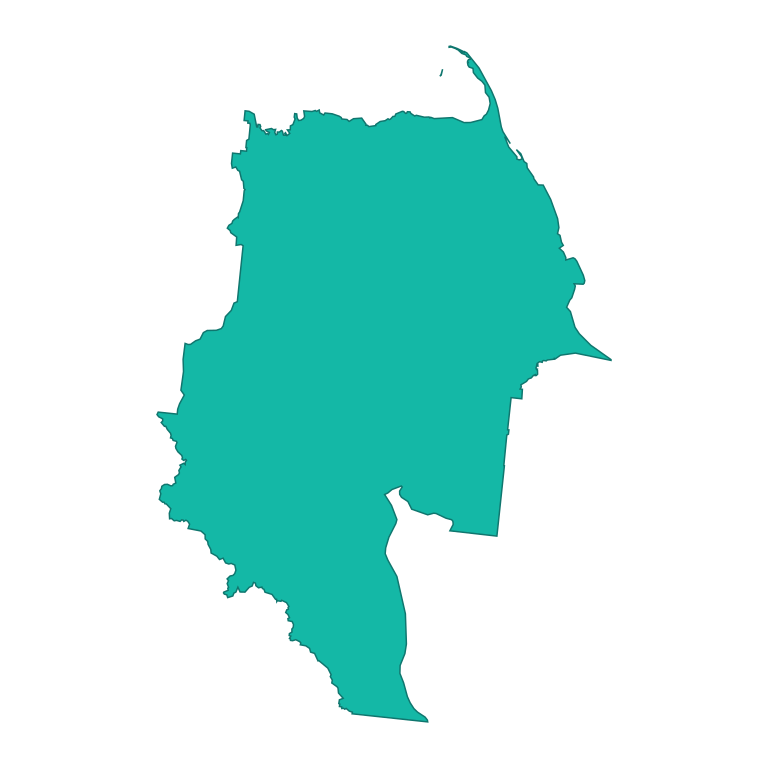 Burdekin, Queensland, Australia (Albers equal-area conic projection)
{"feature_id": "25037944B77283019061987", "entity_name": "Burdekin", "entity_type": "district", "adm_level": 2, "iso_a3": "AUS", "parent_name": "Australia", "parent_adm1": "Queensland", "projection": "albers", "projection_center": [147.381, -19.849], "detail": "fine", "context": "isolated", "style": "filled", "palette": "teal", "viewbox_px": 768, "rotation_deg": 0, "n_neighbors": 0, "source": "geoboundaries", "source_scale": "gbopen_adm2", "svg_char_len": 6092}
<svg xmlns="http://www.w3.org/2000/svg" viewBox="0 0 768 768"><path d="M294.7,113.6L294.2,117.2L295.1,119.0L292.9,124.6L290.4,125.9L290.3,129.8L287.4,129.9L289.8,133.4L287.0,135.6L285.5,132.7L284.8,133.4L285.6,135.2L283.5,135.2L282.3,131.1L281.4,130.5L279.3,132.1L277.4,132.0L277.3,134.1L275.9,134.8L274.7,132.4L275.6,129.4L273.5,129.7L271.5,128.5L265.7,129.7L266.2,130.8L269.4,132.5L268.4,134.5L267.4,133.6L265.9,134.2L263.7,130.6L262.0,130.7L260.0,127.9L260.7,126.6L260.0,124.6L258.0,124.4L257.7,127.0L256.7,126.9L254.2,114.2L249.1,111.3L245.1,110.8L244.1,120.5L248.0,120.9L247.8,123.1L249.8,123.3L250.3,124.9L248.9,139.1L246.6,140.5L245.9,147.6L246.8,147.7L246.5,151.2L240.8,150.6L240.4,153.9L232.6,153.1L231.5,163.5L232.3,168.2L235.8,167.0L237.8,170.3L239.6,171.3L241.6,179.7L243.3,181.3L243.9,188.4L245.1,189.6L244.2,190.7L243.2,200.8L239.6,212.0L238.5,213.5L238.2,217.5L237.6,217.0L234.3,219.4L232.7,221.0L231.9,223.4L228.9,225.3L227.3,228.2L230.1,230.5L230.8,232.7L236.7,237.0L236.1,245.3L241.2,244.5L243.1,245.7L237.3,301.7L234.0,303.1L231.3,310.4L225.5,316.5L223.2,326.0L221.3,328.6L216.4,330.3L207.2,330.5L203.4,332.6L200.1,339.1L195.6,340.8L190.5,344.4L188.1,344.5L185.1,343.4L183.1,359.3L183.5,371.6L180.9,390.2L184.3,395.0L179.6,403.7L177.7,409.2L177.2,414.1L158.2,412.1L157.0,414.6L158.7,416.8L162.6,418.8L162.7,421.0L161.2,422.5L164.4,426.3L165.8,426.3L167.3,429.4L170.5,433.2L171.1,435.4L170.5,437.9L172.4,438.5L173.1,440.4L176.4,441.3L177.0,442.4L175.5,446.3L175.9,448.4L177.9,451.8L181.8,455.5L182.5,458.0L181.9,459.0L183.6,460.4L185.7,459.4L186.5,460.3L185.2,462.3L185.2,464.5L183.7,463.3L179.9,465.2L181.0,466.9L178.9,470.4L179.4,473.0L178.5,474.6L174.7,477.3L175.8,483.0L173.2,484.3L172.6,485.6L171.0,485.9L167.4,484.3L164.5,484.5L161.8,486.3L161.4,488.6L159.8,490.8L160.8,493.8L159.3,499.4L162.6,502.2L164.1,502.2L164.9,503.8L166.3,503.9L170.8,508.7L169.3,513.2L169.6,518.8L171.5,518.5L174.2,520.8L176.6,520.4L180.1,521.4L181.6,519.9L183.1,520.1L183.8,521.4L185.9,520.2L187.7,521.2L189.6,524.1L188.1,528.5L200.9,531.0L205.1,534.7L205.2,538.9L207.7,541.4L208.1,544.4L210.8,549.5L211.1,553.0L216.9,556.2L219.5,559.5L223.1,558.2L225.6,562.9L228.8,564.0L231.2,563.4L234.8,565.0L235.9,570.2L234.7,573.6L233.0,575.4L230.1,576.0L227.1,578.9L228.5,580.7L227.2,583.6L228.6,587.3L227.8,588.2L228.2,590.3L223.8,592.1L223.5,592.9L224.3,594.1L226.8,594.8L227.7,597.6L232.8,596.0L233.9,593.1L235.9,592.1L237.9,587.2L240.1,592.0L245.0,592.1L249.2,587.3L252.2,586.0L253.5,582.4L255.4,583.1L255.9,585.7L258.5,587.8L261.9,587.1L262.4,588.5L264.0,589.3L265.0,592.2L272.0,594.4L275.5,599.3L276.6,599.3L276.8,601.5L277.3,600.7L281.0,601.3L281.7,600.3L286.5,602.6L288.9,606.5L288.1,607.4L288.4,609.2L286.8,609.8L285.7,612.5L287.9,614.4L289.5,617.7L287.9,618.6L288.2,620.7L292.1,621.5L293.5,624.5L293.2,627.4L291.9,629.0L291.9,632.1L289.4,633.6L289.2,635.5L290.8,636.1L289.5,638.5L290.3,638.7L290.5,640.4L292.6,640.7L295.8,639.7L299.8,641.7L300.8,643.0L300.3,644.8L305.8,645.8L309.6,648.4L310.6,652.1L314.6,653.4L318.0,660.9L318.9,660.7L327.8,668.1L331.1,674.7L330.3,676.6L332.3,680.0L331.8,683.0L337.0,686.7L338.0,688.1L338.5,693.0L343.2,698.3L339.4,699.8L338.8,703.6L339.8,704.1L339.4,706.5L341.7,706.9L341.8,708.5L343.5,708.3L344.8,709.2L346.1,708.4L349.3,711.1L352.4,712.2L352.1,713.8L427.7,721.9L427.4,720.1L425.1,717.1L417.5,712.1L413.9,708.6L410.1,702.7L407.4,696.7L403.6,682.8L399.9,673.4L400.1,665.5L404.9,653.6L406.4,644.0L405.4,613.8L396.9,576.5L387.9,560.2L385.2,553.7L385.7,547.8L388.9,537.2L395.8,523.6L396.9,519.6L391.5,505.4L384.6,494.5L387.8,493.0L392.0,489.5L401.3,486.0L402.2,487.0L399.6,491.1L399.7,494.4L401.5,497.3L407.9,501.5L411.7,509.2L427.7,514.8L433.7,513.2L436.1,513.5L446.0,518.2L451.6,519.7L452.9,521.3L453.2,524.4L449.9,530.8L496.9,536.1L504.4,465.7L503.8,465.6L506.8,435.0L508.4,434.2L508.9,429.9L507.6,429.8L511.1,397.6L521.8,398.8L522.4,389.3L520.1,389.0L521.3,386.9L520.9,384.8L526.5,381.4L528.4,378.9L531.3,377.9L533.4,375.5L535.2,374.7L535.2,375.6L536.3,375.5L537.6,374.2L537.5,370.2L536.7,369.7L537.2,369.1L536.2,368.8L536.0,367.7L536.7,366.0L537.9,366.1L537.8,364.5L536.8,364.8L537.1,363.5L539.5,361.7L542.2,362.3L542.5,361.0L543.6,360.5L546.2,360.9L547.3,360.0L554.1,359.2L554.3,358.5L554.9,359.1L560.5,355.2L575.4,353.1L611.0,360.4L611.0,359.6L590.8,345.3L579.3,333.8L575.0,327.3L570.4,311.5L566.6,307.3L569.8,300.1L571.8,297.8L574.6,289.4L575.3,286.0L574.1,283.8L583.2,284.2L584.2,283.2L584.8,280.6L583.3,275.2L576.8,261.2L574.9,258.7L573.1,257.8L565.8,260.0L565.8,257.5L563.4,252.0L559.3,248.2L563.3,245.4L561.5,242.2L560.0,235.4L557.5,233.7L558.9,227.6L557.6,218.6L550.7,199.5L543.2,185.1L538.2,184.9L533.8,178.6L533.6,177.0L527.2,167.8L526.8,163.5L524.1,161.6L520.8,153.7L516.4,149.6L521.3,156.3L522.2,158.9L519.3,159.9L516.9,159.1L516.9,156.8L508.7,147.0L505.0,137.5L506.4,137.8L510.3,143.6L502.9,131.6L501.3,127.0L497.8,108.3L495.2,99.6L491.4,90.7L479.0,68.0L466.9,52.9L463.9,51.3L465.1,52.7L462.5,51.7L463.4,51.5L457.2,48.5L450.5,46.1L449.1,46.4L449.1,47.3L451.3,47.0L459.3,50.0L456.0,49.0L460.4,50.9L462.7,52.8L458.4,50.2L461.8,53.4L465.9,54.9L466.7,56.4L470.5,58.2L470.3,59.3L468.5,59.6L467.5,61.3L468.3,62.6L467.5,62.8L468.0,65.3L469.2,67.1L473.0,68.4L473.4,72.6L477.7,78.1L481.9,81.3L484.9,85.1L485.5,92.6L489.1,97.2L490.2,103.6L488.5,110.1L486.4,114.2L484.2,115.8L481.9,119.6L470.6,122.5L464.1,122.6L452.5,117.6L434.2,118.6L430.7,117.3L429.9,117.9L429.1,117.0L424.4,117.2L416.3,115.3L414.7,116.0L410.8,113.4L410.1,111.9L407.4,111.7L406.6,113.2L405.5,113.4L403.7,111.5L402.3,111.3L395.8,114.0L394.8,116.4L393.0,116.4L390.4,119.2L389.3,119.6L388.0,118.8L385.1,120.7L380.2,121.5L375.8,124.5L375.8,125.6L368.9,126.6L367.5,125.3L365.8,125.2L366.0,124.2L361.7,118.1L353.5,118.7L349.1,121.4L347.0,119.5L341.9,119.0L341.2,117.5L339.2,116.2L332.2,113.8L325.0,113.0L323.7,115.0L319.7,112.8L319.2,110.0L316.5,111.4L315.3,110.5L312.0,111.5L303.8,110.9L304.6,116.5L303.7,118.4L301.0,120.2L298.6,120.5L297.2,118.0L296.7,113.9L294.7,113.6ZM439.9,76.2L441.2,75.1L442.6,69.2L441.1,74.5L439.9,76.2Z" fill="#14b8a6" stroke="#0f766e" stroke-width="1.5"/></svg>